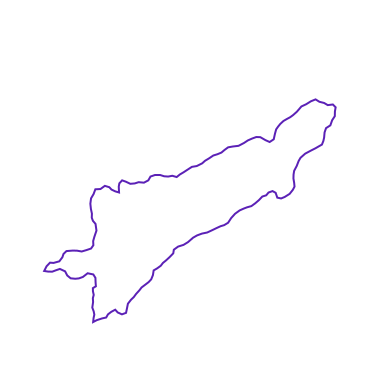 Nova União, Minas Gerais, Brazil, rotated 54°
{"feature_id": "56859067B33614393926372", "entity_name": "Nova União", "entity_type": "district", "adm_level": 2, "iso_a3": "BRA", "parent_name": "Brazil", "parent_adm1": "Minas Gerais", "projection": "albers", "projection_center": [-43.572, -19.623], "detail": "fine", "context": "isolated", "style": "outline", "palette": "violet", "viewbox_px": 384, "rotation_deg": 54, "n_neighbors": 0, "source": "geoboundaries", "source_scale": "gbopen_adm2", "svg_char_len": 2479}
<svg xmlns="http://www.w3.org/2000/svg" viewBox="0 0 384 384"><g transform="rotate(54 192 192)"><path d="M235.6,193.4L236.5,188.9L237.7,185.5L238.1,180.9L236.1,175.6L234.9,169.9L234.9,164.3L235.8,160.0L236.7,156.6L238.3,152.3L238.3,147.4L237.9,142.6L237.0,137.8L238.3,133.9L237.4,130.4L238.6,126.3L241.8,124.8L246.7,126.3L249.6,123.7L250.5,119.9L250.9,114.1L249.5,109.1L247.9,105.9L244.7,104.0L240.7,102.0L237.6,99.6L234.9,96.9L232.5,92.0L229.6,87.5L228.1,84.1L227.5,77.9L228.4,71.4L229.2,66.4L229.6,62.6L230.0,59.0L227.9,55.7L225.6,53.1L221.7,49.7L219.1,46.0L219.4,40.9L216.3,36.4L214.6,31.9L210.8,29.0L207.9,26.0L204.0,26.6L201.5,31.1L197.6,32.8L193.9,35.9L189.7,37.6L188.5,42.5L188.1,48.1L187.1,53.2L188.7,60.0L189.2,65.1L189.2,68.6L188.7,72.3L188.3,76.3L188.8,80.5L189.7,83.9L190.8,87.1L193.6,90.6L197.4,94.9L197.2,99.8L193.2,102.1L187.8,104.5L185.3,107.7L184.1,111.9L183.1,116.5L182.9,121.1L182.0,127.2L179.2,132.2L177.1,136.5L177.1,140.8L177.4,145.0L176.4,149.2L175.0,153.3L174.8,158.6L174.4,163.1L174.8,166.9L173.8,172.9L171.6,177.3L171.3,182.8L171.1,187.2L170.7,191.5L170.9,195.6L167.3,198.4L165.5,202.2L162.9,205.3L159.5,207.8L156.5,211.9L155.1,216.5L156.9,220.5L156.2,225.4L152.7,229.4L151.4,233.3L149.1,237.1L144.7,239.5L141.5,241.7L142.3,245.7L144.6,248.1L149.5,251.3L146.4,253.7L142.7,255.7L139.5,256.1L135.8,258.9L135.8,264.3L133.0,268.6L135.8,272.8L137.8,277.4L141.7,281.1L146.2,283.7L150.7,285.7L153.9,288.2L157.1,289.1L161.1,288.8L164.1,290.4L167.1,292.0L169.0,294.7L171.0,297.5L173.6,300.8L177.1,303.1L178.4,306.9L176.9,311.7L175.3,316.2L171.9,319.5L169.3,322.9L166.0,328.3L166.6,332.4L168.6,335.2L170.1,340.1L168.0,345.7L165.7,348.4L166.6,353.3L169.0,358.0L171.8,355.2L174.3,351.9L175.4,347.9L176.6,344.1L181.6,341.3L186.2,342.0L190.5,340.9L193.6,337.4L195.4,334.3L196.6,330.2L196.4,324.2L200.7,320.3L204.7,320.6L208.4,323.1L211.8,325.2L211.5,328.7L214.1,330.5L217.5,332.0L219.6,334.6L222.9,336.7L226.9,340.6L230.8,341.7L233.8,343.1L236.1,345.7L239.1,348.4L239.7,344.4L241.4,339.1L243.1,335.2L241.6,331.9L241.5,327.7L242.1,323.3L245.8,322.9L249.8,320.6L251.0,316.4L248.1,313.2L244.7,309.5L243.3,304.6L242.8,300.9L241.6,297.1L240.6,292.3L239.6,288.9L239.5,283.7L239.4,280.1L238.7,276.4L236.3,272.5L232.9,269.1L233.3,265.1L233.3,260.6L232.3,257.2L232.1,253.4L231.5,248.3L230.6,243.2L228.0,240.6L228.0,235.3L229.8,229.9L230.2,224.7L229.6,218.0L230.1,213.4L231.5,208.4L233.7,203.5L234.7,198.4L235.6,193.4Z" fill="none" stroke="#5b21b6" stroke-width="2"/></g></svg>